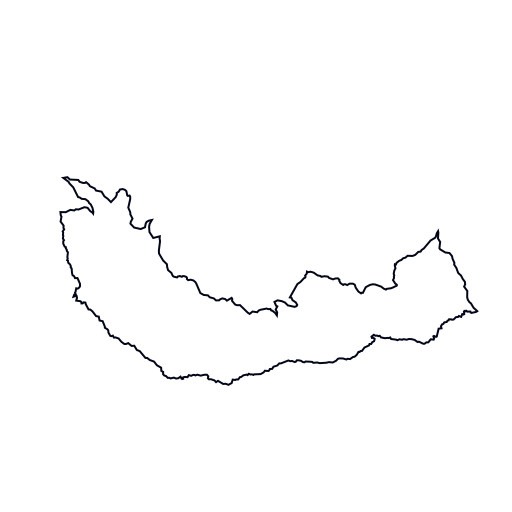 outline of Victor Fajardo, Ayacucho, Peru, rotated 158°
{"feature_id": "86281439B25183638653455", "entity_name": "Victor Fajardo", "entity_type": "district", "adm_level": 2, "iso_a3": "PER", "parent_name": "Peru", "parent_adm1": "Ayacucho", "projection": "robinson", "projection_center": [-74.315, -13.871], "detail": "fine", "context": "isolated", "style": "outline", "palette": "ink", "viewbox_px": 512, "rotation_deg": 158, "n_neighbors": 0, "source": "geoboundaries", "source_scale": "gbopen_adm2", "svg_char_len": 6115}
<svg xmlns="http://www.w3.org/2000/svg" viewBox="0 0 512 512"><g transform="rotate(158 256 256)"><path d="M71.5,122.0L73.7,126.6L74.4,131.4L75.5,133.5L76.0,136.4L75.6,138.8L73.2,144.4L74.5,149.6L72.6,151.5L72.0,153.9L72.9,157.2L73.2,161.0L74.9,164.6L74.7,169.9L75.5,173.8L74.6,175.4L74.8,179.6L74.3,182.5L75.5,186.3L79.1,188.3L82.8,193.2L83.0,194.6L80.0,200.0L80.7,204.1L78.2,209.3L77.9,210.8L79.9,209.3L81.9,206.6L83.1,205.8L88.3,205.0L97.6,200.1L100.3,199.5L101.7,198.4L104.0,199.0L107.9,197.4L110.8,197.4L115.4,199.4L118.1,198.5L120.4,198.8L122.6,197.9L125.1,197.9L128.2,197.0L129.4,195.7L130.3,196.3L130.9,195.2L131.3,192.4L133.2,190.7L135.0,187.9L135.1,186.2L135.9,185.3L136.2,184.0L138.0,182.3L137.2,178.3L136.2,176.6L136.6,175.8L140.7,175.5L142.9,175.5L147.2,176.6L148.1,176.2L149.8,177.9L151.4,180.7L156.0,184.8L158.2,186.0L161.1,186.5L165.9,186.0L170.7,181.8L171.5,182.3L172.6,182.0L174.4,184.7L175.4,189.3L175.2,192.4L176.6,194.1L179.6,195.3L182.3,194.9L183.7,196.3L184.9,196.8L186.0,196.5L187.8,199.2L188.1,201.8L187.6,202.7L188.4,204.6L190.8,205.4L193.3,205.5L196.5,208.3L197.0,209.9L200.1,211.6L203.2,212.2L203.6,213.2L206.2,215.0L208.6,218.8L210.0,220.0L211.4,221.0L213.9,221.5L214.6,222.4L215.6,220.6L217.8,219.4L217.9,218.1L218.6,217.5L219.7,217.5L224.7,215.2L228.1,214.5L240.1,204.9L238.8,204.1L238.7,201.3L236.5,198.1L236.1,195.2L237.2,194.3L239.3,194.4L245.0,198.3L246.5,201.9L248.9,204.4L252.6,206.8L256.1,206.5L256.0,202.4L255.1,201.3L257.8,199.0L257.5,195.8L258.9,193.1L259.6,196.1L261.3,199.1L262.3,199.8L262.5,201.5L264.3,202.0L265.9,203.3L272.2,204.5L274.0,204.4L275.9,203.4L280.0,205.8L283.6,204.7L284.8,206.4L289.2,216.4L292.0,217.5L293.5,218.8L295.0,223.4L294.1,225.1L294.3,226.3L299.7,225.5L300.7,227.6L303.1,229.3L305.4,229.3L306.7,228.7L309.7,229.8L311.0,232.5L314.4,235.1L315.3,237.5L319.1,239.5L321.5,242.5L321.7,252.8L322.0,254.6L323.3,256.9L325.5,258.5L327.9,259.0L328.7,260.5L328.2,261.4L328.4,262.7L330.0,264.1L331.4,264.8L332.6,264.5L334.0,265.9L336.1,266.3L337.2,265.7L339.7,267.4L340.6,268.6L340.8,272.1L342.8,275.8L342.5,279.0L341.7,281.8L343.8,286.6L345.0,294.5L344.1,297.3L339.4,305.7L338.8,308.4L337.8,310.3L344.5,311.2L345.8,318.1L344.2,323.1L342.6,325.6L339.0,328.4L342.0,328.9L344.6,328.6L346.0,327.5L348.2,324.2L352.8,324.2L358.3,328.0L360.3,333.0L359.3,334.6L356.5,336.9L356.9,341.6L356.2,343.7L356.3,348.7L351.3,355.9L350.4,358.3L350.6,359.4L352.3,359.7L352.7,360.4L351.9,364.6L352.6,366.3L354.5,368.0L357.2,368.6L359.2,367.1L361.6,366.6L362.0,365.1L364.1,363.1L370.3,360.3L372.0,364.5L374.2,368.0L375.1,373.5L379.8,376.6L380.3,379.1L383.9,383.0L384.1,384.7L385.9,388.1L387.1,387.8L389.1,388.6L391.7,390.8L392.3,393.1L399.9,396.6L401.3,399.7L405.4,400.6L402.0,395.0L401.8,393.2L399.7,388.0L398.9,377.3L397.6,376.4L396.2,374.3L392.9,372.6L391.0,369.5L390.9,367.6L389.9,365.8L389.6,361.9L390.2,358.0L391.1,356.4L391.4,357.6L392.9,359.7L394.1,363.8L396.8,365.5L403.2,365.6L405.5,366.8L407.4,366.3L410.9,368.3L416.0,367.9L420.9,370.0L421.8,366.5L421.6,365.4L424.3,361.1L423.0,356.3L424.0,354.2L423.9,352.5L426.0,351.3L426.0,350.0L427.2,347.6L427.1,346.9L428.5,344.5L428.1,342.6L429.2,341.9L430.1,339.5L429.9,336.4L429.0,335.4L429.5,334.2L429.1,332.9L429.5,331.6L429.0,329.9L431.4,325.5L431.5,324.2L432.7,322.8L432.1,322.1L432.6,320.1L431.6,317.9L431.5,316.0L432.1,314.8L431.6,313.5L432.9,309.4L433.3,306.9L432.2,305.4L432.1,303.3L429.8,302.4L429.6,296.2L430.5,293.9L431.7,293.0L433.5,292.5L434.8,293.4L436.8,290.3L437.6,289.7L437.5,288.4L439.0,288.3L440.5,286.6L439.0,286.5L438.1,287.0L437.3,286.5L437.6,284.3L439.4,282.0L435.7,279.8L435.2,278.9L435.6,277.4L434.5,277.0L433.2,277.6L431.6,276.7L431.9,275.2L431.3,269.2L429.6,268.3L428.3,265.7L426.8,260.2L424.5,258.7L425.2,254.8L422.6,253.0L422.6,247.2L423.0,246.1L421.1,243.5L420.9,242.3L421.5,240.2L421.0,236.5L420.0,235.8L418.6,235.8L418.3,233.6L416.7,233.1L414.3,231.0L413.0,227.0L411.1,223.8L409.6,223.1L407.1,223.1L405.0,219.2L402.5,218.4L401.7,213.5L399.4,211.3L396.7,202.9L395.1,202.3L393.5,199.4L390.1,196.3L388.8,191.8L385.8,188.0L386.8,184.9L385.5,183.3L386.4,181.2L385.9,179.7L384.3,178.2L383.5,176.1L382.3,175.7L381.0,174.5L377.7,174.0L376.0,172.3L373.8,171.8L371.2,172.4L371.0,170.2L370.4,169.5L369.5,169.5L369.3,170.7L368.9,170.8L367.1,170.5L364.9,169.3L362.9,170.7L361.0,169.2L358.9,169.3L357.6,168.8L357.0,168.0L354.8,167.9L352.1,165.8L348.2,165.2L346.0,164.3L345.3,162.3L346.4,160.7L345.9,159.4L343.9,158.6L341.1,156.2L340.3,154.0L338.0,154.5L334.4,149.7L332.0,148.9L329.8,146.9L326.2,147.3L323.9,150.1L321.6,148.8L320.7,149.0L318.8,148.2L316.2,149.7L315.0,149.4L312.4,150.1L309.0,149.5L308.4,148.7L306.8,149.5L305.7,148.3L304.3,147.9L302.9,146.7L302.2,147.0L296.0,144.8L292.6,145.2L290.7,146.3L287.8,144.8L286.7,144.9L285.6,146.0L283.2,145.3L281.3,146.8L277.2,146.5L274.7,147.7L273.1,147.1L265.1,147.0L263.6,145.6L262.1,145.3L259.7,143.1L258.6,143.1L257.3,144.0L255.3,143.2L253.5,141.9L252.2,140.0L250.8,139.3L249.6,139.6L245.8,137.9L243.5,136.7L242.9,135.5L239.1,134.3L237.1,132.8L230.8,130.7L228.2,130.3L224.7,128.5L220.9,128.9L218.6,130.0L217.0,129.8L213.7,128.4L211.0,126.2L209.6,126.4L207.4,125.2L204.1,126.0L202.2,125.7L199.5,126.7L196.9,128.7L195.9,128.2L194.7,128.7L193.3,128.3L189.7,130.5L184.6,130.8L183.7,131.9L182.1,131.3L180.6,132.5L178.4,132.8L177.0,134.7L177.8,136.2L179.2,136.6L179.1,138.0L176.2,138.8L175.1,137.3L173.6,136.9L172.7,135.9L171.2,135.7L170.6,133.7L167.3,131.5L164.4,130.7L163.5,130.1L162.1,130.2L161.8,128.4L157.3,125.9L156.6,125.0L154.1,125.0L151.9,123.6L150.6,123.7L147.7,122.0L145.1,121.7L142.7,120.5L140.3,118.7L138.4,115.7L137.0,115.5L133.8,112.0L132.6,111.5L130.5,112.1L128.6,111.4L125.2,113.3L122.6,111.9L121.8,112.7L121.6,115.1L120.9,115.2L119.4,113.6L118.6,113.6L113.9,120.2L111.1,119.5L110.8,121.6L109.1,122.9L107.7,122.9L106.3,123.9L103.9,123.4L102.6,124.3L101.5,124.2L100.7,125.0L98.8,124.2L98.2,123.5L96.5,123.1L93.5,124.4L91.4,123.8L90.4,124.4L88.6,122.7L86.5,124.9L85.5,124.0L84.7,124.1L84.0,126.6L83.3,127.0L82.3,126.1L81.6,126.5L80.8,125.2L78.0,124.2L78.1,123.1L77.5,122.5L72.9,121.7L71.5,122.0Z" fill="none" stroke="#020617" stroke-width="2"/></g></svg>